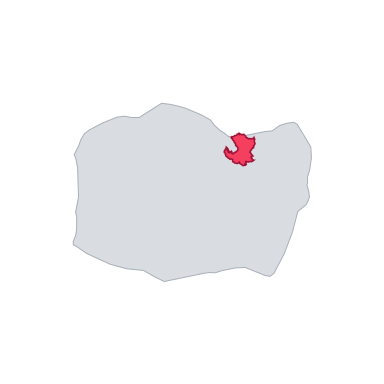 Mphaki, Quthing, Lesotho (highlighted), rotated 228°
{"feature_id": "5366337B73026559585968", "entity_name": "Mphaki", "entity_type": "district", "adm_level": 2, "iso_a3": "LSO", "parent_name": "Lesotho", "parent_adm1": "Quthing", "projection": "natural_earth1", "projection_center": [28.183, -30.161], "detail": "fine", "context": "in_parent", "style": "filled", "palette": "rose", "viewbox_px": 384, "rotation_deg": 228, "n_neighbors": 0, "source": "geoboundaries", "source_scale": "gbopen_adm2", "svg_char_len": 6179}
<svg xmlns="http://www.w3.org/2000/svg" viewBox="0 0 384 384"><g transform="rotate(228 192 192)"><path d="M242.7,250.7L233.8,253.7L232.6,253.9L226.9,253.3L219.3,254.0L213.4,255.6L208.7,256.2L201.2,264.7L187.5,287.6L183.8,292.4L182.8,301.5L179.6,308.6L175.8,314.2L172.0,315.5L160.5,313.3L145.9,310.4L137.4,303.5L129.8,294.4L125.8,287.8L121.6,284.2L120.2,282.1L114.2,279.1L112.0,277.5L110.0,276.4L107.6,272.0L106.2,268.2L106.7,257.5L102.5,251.2L95.3,240.3L90.7,231.5L84.5,219.4L80.6,209.0L76.7,198.2L77.1,193.6L80.9,190.5L92.0,185.1L100.5,180.9L106.7,173.2L113.4,161.8L116.6,154.9L119.9,151.8L123.4,146.9L129.6,136.2L136.6,124.3L144.0,111.5L153.3,107.7L166.1,103.5L178.4,92.3L193.1,82.8L216.7,72.6L227.8,70.0L231.9,68.5L234.6,70.4L237.4,76.3L241.4,81.2L250.7,89.7L254.7,91.8L264.3,104.4L274.6,113.1L286.4,123.1L294.5,128.0L298.6,129.4L302.0,138.3L305.4,144.8L307.3,151.0L306.9,157.0L303.2,171.6L297.7,186.6L293.3,192.8L287.9,196.8L282.7,202.7L280.7,214.7L278.3,228.8L271.5,234.6L266.2,238.4L258.9,243.1L242.7,250.7Z" fill="#d9dde1" stroke="#a8b0b8" stroke-width="1"/><path d="M191.1,274.5L191.0,274.1L190.5,273.4L190.6,273.2L190.9,273.0L191.2,272.9L191.5,272.4L191.7,272.0L191.7,271.9L192.1,271.6L192.2,271.2L192.6,271.1L192.8,270.8L193.1,270.6L193.4,270.4L193.3,269.9L193.4,269.7L194.0,269.6L194.3,269.3L194.6,269.4L195.1,269.4L195.3,269.3L195.7,269.2L195.8,269.1L195.9,268.9L196.0,268.7L196.6,268.7L196.8,268.8L197.0,269.1L198.0,269.1L198.5,269.3L198.9,269.2L199.1,269.1L199.4,269.0L199.7,269.1L200.0,269.2L200.3,269.0L200.8,268.5L200.8,267.8L201.0,267.4L201.6,267.3L201.8,267.1L202.2,267.0L202.6,266.6L202.7,266.2L202.9,266.5L203.5,266.6L204.0,266.4L204.3,266.3L204.4,265.9L204.0,265.4L204.0,265.2L204.2,264.9L204.3,264.6L204.5,264.5L204.2,264.3L204.2,263.9L204.3,263.8L204.4,263.7L204.5,263.5L204.6,263.3L204.6,262.7L204.9,262.0L205.3,261.6L205.2,261.4L205.2,261.2L205.4,260.6L205.5,260.4L205.6,259.8L205.9,259.1L206.1,258.7L206.5,258.7L206.5,258.4L206.5,258.0L206.4,257.7L206.2,257.4L205.4,257.3L205.2,257.4L205.0,257.7L204.8,257.8L204.7,257.9L204.1,257.5L203.7,257.1L203.1,257.2L202.0,257.2L201.7,257.3L201.5,257.1L201.2,257.0L200.9,256.8L200.6,256.6L200.1,256.6L199.5,256.9L199.3,256.9L198.9,256.4L198.4,256.4L197.9,256.1L197.5,255.6L197.3,255.6L196.6,255.6L196.4,255.7L196.0,255.6L195.7,255.9L194.2,255.7L193.7,255.3L193.4,255.1L193.3,254.9L193.0,254.8L192.8,254.6L192.7,254.4L192.7,254.2L192.3,253.7L192.2,253.6L192.4,253.2L192.5,252.8L192.5,252.6L192.6,251.9L192.3,251.6L192.2,251.5L192.2,251.3L192.5,250.6L192.9,250.3L192.8,248.9L192.8,248.6L192.8,248.3L192.8,248.1L193.2,247.9L193.6,247.5L193.8,247.4L193.9,247.5L194.0,247.9L194.0,248.0L194.5,247.6L194.6,247.2L194.7,247.7L195.0,248.0L195.1,248.4L195.2,248.5L195.3,248.5L195.2,248.3L195.3,248.3L195.6,248.4L195.3,247.8L195.2,247.7L195.3,247.6L195.7,247.7L195.9,248.0L196.0,247.9L196.0,247.6L195.8,247.3L195.7,247.1L195.8,246.9L196.2,246.9L196.3,246.7L196.1,246.4L196.1,246.1L196.3,246.1L196.5,246.3L196.7,247.0L196.9,247.1L197.0,246.9L196.8,246.8L196.7,246.7L196.8,246.4L197.1,246.4L197.2,246.1L196.9,246.0L196.9,245.9L196.9,245.7L197.0,245.5L197.4,245.6L197.6,246.3L197.6,246.5L197.9,246.6L198.3,246.2L198.5,246.6L198.6,246.9L198.9,247.2L199.1,247.1L199.2,246.8L199.3,246.6L199.3,246.4L199.5,246.2L199.6,246.4L199.6,246.6L200.0,246.9L200.1,247.2L199.9,247.4L199.9,247.5L200.2,247.6L200.6,247.7L200.8,247.6L200.7,247.4L200.8,247.2L201.2,247.3L201.5,247.6L201.8,247.7L202.2,247.6L202.0,247.4L202.3,247.4L202.0,247.1L201.7,246.3L201.3,245.8L201.6,245.5L201.6,245.4L201.2,245.1L201.1,244.9L201.0,244.7L201.0,243.7L200.7,243.4L200.5,243.1L200.2,242.9L200.2,242.7L199.6,242.4L199.4,242.5L199.1,242.6L198.2,242.5L197.4,242.2L197.4,241.8L197.1,241.8L195.9,241.3L195.2,241.2L194.9,241.4L194.8,241.6L194.6,241.8L193.8,241.8L193.4,241.6L193.1,241.5L192.8,241.8L192.0,242.1L191.8,242.1L191.2,242.0L190.9,242.0L190.7,242.2L190.7,242.6L190.3,243.3L190.2,243.5L189.8,243.5L189.3,243.8L188.9,244.0L188.5,243.4L188.3,243.2L187.5,242.6L187.3,242.5L186.9,242.9L186.5,243.1L186.3,243.2L186.1,243.2L185.5,243.0L185.0,243.1L184.8,243.2L184.7,243.4L184.4,243.7L184.0,244.0L183.7,244.1L183.4,244.3L183.1,244.4L182.9,244.6L182.4,245.8L182.4,246.2L182.7,246.7L182.8,247.0L182.7,247.2L182.5,247.3L182.1,247.2L181.9,246.7L181.7,246.6L181.1,246.6L180.6,246.7L179.7,247.1L179.4,247.1L178.9,247.2L177.8,247.4L177.5,247.5L177.3,247.7L177.1,248.1L176.6,249.1L176.5,249.3L176.3,249.3L176.2,249.6L176.2,249.8L176.1,250.1L176.1,250.4L176.4,250.3L176.6,250.2L176.7,249.7L176.8,249.8L176.7,250.2L176.8,250.2L177.0,250.1L177.1,250.6L177.3,250.6L177.5,250.3L177.6,250.5L177.6,251.1L177.7,251.3L177.6,251.5L177.4,251.5L177.8,251.8L177.8,252.1L178.5,252.2L178.7,252.3L178.6,252.5L178.5,252.8L178.4,252.8L178.2,252.9L177.9,253.0L177.4,253.3L177.3,253.5L177.2,253.6L176.9,253.8L176.7,253.8L176.5,254.0L176.3,254.3L176.3,254.5L176.1,254.7L175.9,255.5L175.6,255.7L175.4,255.9L175.3,256.1L175.2,256.3L174.9,256.4L174.8,256.6L174.7,256.6L174.6,257.1L174.6,257.5L174.6,257.8L174.3,257.9L174.3,258.1L174.4,258.4L174.3,259.0L174.4,258.9L174.5,258.9L174.7,259.0L174.9,258.8L175.3,258.8L175.5,258.9L176.1,258.7L176.5,258.8L176.7,258.7L176.9,258.8L177.0,259.1L177.4,258.8L177.6,258.8L177.8,258.8L178.3,259.2L178.5,259.4L178.5,259.6L178.4,259.7L178.5,260.1L178.4,260.3L178.3,260.5L178.1,261.1L178.0,261.4L178.4,261.3L179.0,261.2L179.2,261.3L179.4,261.5L179.9,261.4L180.4,261.5L181.1,261.5L181.4,261.6L181.7,261.8L181.9,261.7L182.1,261.7L182.6,261.5L182.9,261.7L182.9,261.9L183.0,261.9L183.0,262.0L183.2,262.4L183.3,262.5L183.3,262.8L183.4,263.2L183.3,263.4L183.4,263.8L183.5,264.0L183.8,264.3L183.8,265.0L184.1,265.7L184.1,265.8L184.2,266.5L184.1,266.4L183.9,266.6L184.1,266.8L184.1,267.0L184.1,267.3L183.8,267.5L184.0,267.8L184.2,268.0L184.3,268.0L184.3,267.9L184.5,268.1L184.4,268.3L184.5,268.2L184.6,268.4L184.8,268.3L185.0,268.4L185.1,268.6L185.2,268.8L185.1,269.2L185.2,269.5L185.2,270.0L185.4,270.4L185.7,271.2L186.1,271.3L186.3,271.5L186.5,271.5L187.0,271.6L187.1,271.8L187.6,272.0L188.2,272.5L188.6,273.0L188.9,273.0L189.1,273.1L189.2,273.3L189.1,273.5L189.3,274.1L189.9,274.2L190.2,273.9L191.1,274.5Z" fill="#f43f5e" stroke="#9f1239" stroke-width="1.5"/></g></svg>